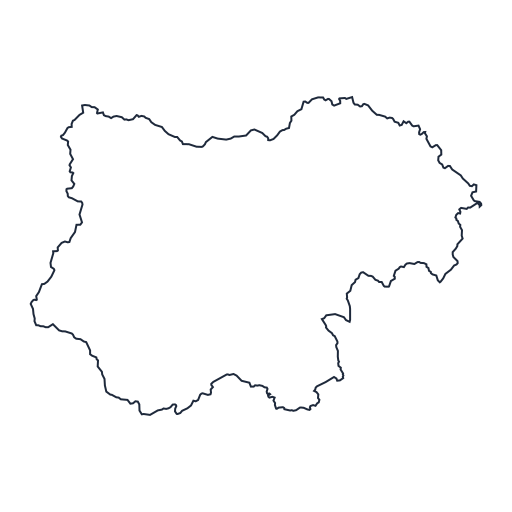 the district of Tayacaja, Huancavelica, Peru
{"feature_id": "86281439B91012352076021", "entity_name": "Tayacaja", "entity_type": "district", "adm_level": 2, "iso_a3": "PER", "parent_name": "Peru", "parent_adm1": "Huancavelica", "projection": "albers", "projection_center": [-74.763, -12.259], "detail": "fine", "context": "isolated", "style": "outline", "palette": "slate", "viewbox_px": 512, "rotation_deg": 0, "n_neighbors": 0, "source": "geoboundaries", "source_scale": "gbopen_adm2", "svg_char_len": 6006}
<svg xmlns="http://www.w3.org/2000/svg" viewBox="0 0 512 512"><path d="M349.6,321.8L350.1,319.9L350.1,308.9L349.8,306.1L347.8,300.4L346.7,298.7L347.1,297.4L346.8,293.6L350.3,290.8L351.7,285.1L355.0,282.1L355.6,279.7L358.4,278.1L359.7,274.2L361.2,272.6L363.1,272.2L368.4,275.8L371.0,275.9L372.7,276.6L375.4,279.8L378.0,280.7L379.1,282.0L381.7,282.0L383.8,285.9L384.7,286.6L388.5,286.7L389.0,286.5L390.9,281.0L394.8,278.7L394.7,276.7L393.8,275.9L395.5,270.7L398.7,268.7L399.7,267.2L401.0,266.5L403.9,267.1L405.4,264.7L406.9,263.5L409.6,263.1L414.4,264.0L417.5,262.1L419.1,262.0L420.6,262.9L423.9,263.1L426.4,264.3L426.5,266.8L428.4,268.0L429.0,270.8L430.8,271.9L430.9,273.1L432.5,274.4L436.3,275.5L437.8,280.3L439.8,282.3L440.6,281.7L443.2,278.4L445.4,273.9L450.9,269.7L454.1,265.5L456.5,264.5L457.7,263.1L457.5,261.1L453.4,257.0L452.7,254.5L452.7,252.1L455.8,248.6L457.3,246.1L457.4,244.3L462.6,238.6L461.7,235.6L462.0,230.2L460.1,226.8L460.3,224.9L458.7,223.5L457.9,221.0L456.4,219.9L456.3,218.4L455.4,217.5L456.3,214.8L458.1,213.1L460.1,213.5L460.4,211.8L459.3,209.4L461.1,207.9L466.7,208.9L468.1,207.5L470.2,207.6L477.0,203.2L478.4,203.4L478.7,204.3L479.6,204.7L479.7,206.6L481.3,205.1L481.1,203.6L479.6,201.9L474.8,201.1L473.8,200.4L471.1,195.8L472.5,192.3L476.1,191.5L476.4,185.2L473.8,184.4L471.9,186.2L469.8,185.8L468.3,183.5L462.8,178.5L460.8,175.4L452.2,169.5L449.9,166.0L448.1,165.9L444.9,168.2L443.4,167.6L442.2,164.5L439.6,162.9L438.2,160.3L438.5,156.7L441.3,154.6L441.2,150.2L437.2,145.1L435.9,145.1L432.3,147.3L430.5,146.4L426.4,138.8L426.9,136.3L424.9,133.2L425.2,132.0L423.7,132.1L421.9,133.9L420.3,134.7L419.2,134.1L419.1,132.3L420.1,129.2L418.5,125.6L413.6,126.3L412.2,125.6L409.4,121.7L408.2,121.7L406.3,123.2L403.6,121.3L401.7,124.9L399.7,125.5L398.3,122.8L394.6,121.7L393.1,118.9L392.1,118.0L389.7,117.6L387.2,118.4L385.1,116.6L379.2,114.9L376.8,114.8L372.2,110.7L368.1,105.4L364.4,103.9L363.3,104.2L361.9,106.2L360.1,106.5L357.7,104.7L354.8,104.5L353.5,102.8L352.1,97.1L346.3,98.9L344.9,98.0L339.5,98.4L339.1,99.0L340.2,100.9L340.2,103.3L334.1,105.6L332.3,104.5L331.5,101.2L329.0,99.0L328.0,98.9L325.6,100.3L324.2,99.5L323.1,97.5L318.1,97.4L312.0,99.3L308.5,102.9L307.3,102.9L305.2,101.5L303.6,101.7L301.4,109.2L297.4,111.2L294.3,114.8L291.3,116.5L291.4,120.7L289.9,123.0L289.0,128.0L286.2,128.7L284.1,130.0L282.5,130.1L279.9,131.6L277.2,135.3L273.5,139.0L270.0,140.3L268.2,140.1L268.2,138.3L267.1,136.7L265.5,136.2L262.3,133.0L254.4,129.5L250.9,130.4L246.1,135.5L239.1,136.5L234.3,136.5L230.7,138.6L226.2,139.6L217.7,138.6L212.4,136.9L205.9,142.1L204.9,144.3L202.9,146.4L201.8,146.9L196.5,146.7L188.9,144.2L182.9,144.1L181.9,141.5L180.1,140.5L177.2,137.0L174.9,137.0L168.5,134.2L164.8,130.9L161.9,127.0L155.1,124.9L151.3,122.2L149.2,119.1L145.6,117.8L144.3,116.5L141.5,115.9L138.8,116.8L137.6,115.4L136.6,115.1L133.0,119.2L128.5,120.2L126.3,119.4L124.4,119.6L121.8,117.2L116.6,116.0L113.5,116.6L111.1,118.1L108.7,116.6L105.7,116.1L103.9,115.2L102.9,112.4L97.4,113.5L97.0,113.1L97.8,109.5L94.6,107.2L91.7,107.1L89.4,105.5L84.9,105.0L82.1,105.5L83.2,112.7L79.5,114.9L74.5,120.0L72.9,120.7L71.6,124.0L71.7,126.9L68.7,127.2L67.5,128.0L64.9,132.7L63.0,135.1L61.3,135.7L60.9,136.8L62.0,138.5L67.0,140.5L68.1,141.5L67.8,145.0L70.5,149.7L70.2,153.9L73.0,159.2L69.8,164.2L69.5,165.2L70.9,167.4L69.7,171.3L70.4,172.3L72.6,172.5L73.3,173.1L71.9,176.0L71.5,180.4L74.3,183.9L73.2,186.5L71.8,188.2L67.2,188.7L66.5,189.2L66.4,191.1L67.7,193.7L67.8,196.0L68.8,197.3L71.9,198.2L77.8,201.4L81.2,201.5L82.2,202.9L82.5,204.5L79.5,214.5L82.0,222.4L80.3,224.7L76.5,224.8L75.0,232.0L70.7,238.1L69.4,242.0L67.8,242.3L64.9,241.5L61.6,242.9L57.7,247.4L57.9,250.5L57.0,251.1L53.1,251.3L53.3,253.2L50.5,262.9L51.0,267.0L53.8,268.8L54.4,270.1L54.0,271.1L51.3,276.7L47.5,281.6L44.3,283.9L41.9,284.2L38.9,292.1L36.2,296.1L36.8,299.7L36.2,300.1L34.3,299.7L33.3,300.1L31.6,302.0L30.7,303.9L33.0,308.9L33.5,314.1L34.7,318.5L34.5,321.2L36.2,325.2L38.4,325.3L40.5,326.2L43.4,326.3L45.6,327.2L48.2,327.2L52.9,324.2L59.1,330.4L62.2,331.3L65.2,331.4L71.8,333.5L73.0,334.7L74.2,337.3L76.2,338.7L80.5,339.2L83.8,341.5L86.2,342.1L90.1,350.4L90.1,354.2L92.1,355.7L96.3,357.4L96.7,359.3L98.0,360.4L97.7,366.5L101.9,371.8L102.2,374.4L104.5,378.9L104.9,385.5L106.3,391.6L110.3,394.6L111.8,394.8L116.3,397.3L118.7,397.6L120.8,399.3L127.5,399.9L130.4,403.7L133.0,403.3L135.4,401.3L137.8,401.6L139.3,404.4L139.5,410.6L141.8,414.3L143.7,414.0L150.0,414.9L157.8,410.4L161.9,409.6L163.5,408.5L166.2,408.9L168.5,408.3L170.5,407.2L172.7,404.6L175.0,404.4L176.0,405.1L176.3,406.1L175.2,408.6L175.0,411.4L176.7,413.9L177.6,414.0L180.3,413.0L182.1,410.8L187.4,408.3L191.0,405.5L193.4,400.7L195.7,401.3L198.1,400.0L200.2,394.7L201.5,393.6L202.6,393.3L207.9,394.9L210.5,394.3L211.0,392.7L210.7,389.5L212.9,387.1L211.3,384.9L211.3,383.8L213.3,381.9L226.7,374.5L227.8,374.4L229.4,375.0L233.5,374.0L236.6,375.6L241.6,380.8L249.4,382.7L250.9,386.6L253.7,386.6L255.1,385.3L257.5,385.6L259.3,385.2L262.4,385.9L264.5,387.3L266.8,387.6L267.5,388.9L266.7,391.5L267.0,393.1L267.6,393.9L269.3,393.5L270.1,394.2L268.1,395.6L268.4,396.7L269.4,397.6L272.4,396.8L274.6,397.6L273.5,400.6L275.1,403.1L274.9,405.0L276.1,408.6L276.8,408.8L278.7,407.6L282.9,407.2L284.2,408.0L284.4,409.2L290.1,410.5L291.8,410.2L293.3,410.8L296.1,410.2L299.9,407.6L301.0,407.5L303.7,407.8L307.3,409.4L309.5,409.9L310.4,409.1L309.9,407.2L310.5,406.0L313.1,405.1L315.5,405.8L317.2,403.3L318.7,402.4L319.4,399.8L318.0,398.0L318.3,394.4L316.5,392.1L314.1,390.9L315.2,389.6L315.7,387.6L317.0,386.3L325.6,382.1L334.0,377.0L336.4,378.5L337.2,380.7L339.9,380.4L343.2,378.1L342.8,376.7L343.4,375.5L342.8,374.2L343.1,373.5L340.6,369.5L340.8,367.7L338.5,365.9L338.2,363.1L339.0,361.7L338.3,360.5L337.8,356.7L337.9,350.9L336.3,347.1L336.1,345.1L337.5,343.1L337.4,341.5L334.7,336.1L333.1,335.3L331.9,333.1L328.5,330.6L326.0,327.5L326.2,326.2L325.7,325.0L321.9,319.1L324.2,318.2L326.3,315.3L335.1,314.1L343.9,317.2L346.0,320.1L349.6,321.8Z" fill="none" stroke="#1e293b" stroke-width="2"/></svg>